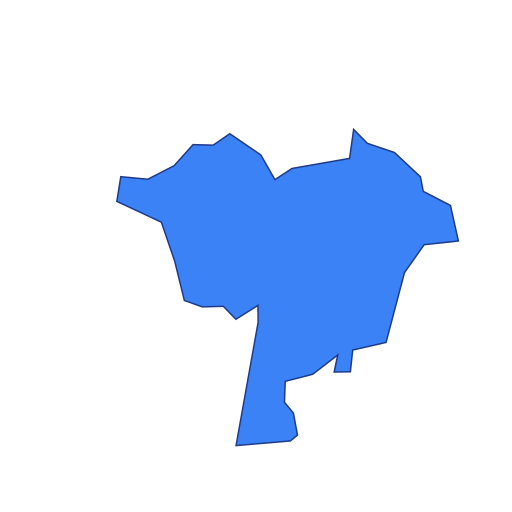 Taliaferro, Georgia, United States of America, rotated 216°
{"feature_id": "52423323B2768857989995", "entity_name": "Taliaferro", "entity_type": "district", "adm_level": 2, "iso_a3": "USA", "parent_name": "United States of America", "parent_adm1": "Georgia", "projection": "mercator", "projection_center": [-82.883, 33.586], "detail": "fine", "context": "isolated", "style": "filled", "palette": "blue", "viewbox_px": 512, "rotation_deg": 216, "n_neighbors": 0, "source": "geoboundaries", "source_scale": "gbopen_adm2", "svg_char_len": 662}
<svg xmlns="http://www.w3.org/2000/svg" viewBox="0 0 512 512"><g transform="rotate(216 256 256)"><path d="M117.2,135.5L133.4,150.9L147.0,154.4L158.7,171.8L140.6,193.7L131.7,224.0L124.6,208.1L111.6,217.8L122.5,236.8L100.0,262.5L126.1,329.8L126.6,364.0L101.1,387.1L128.4,411.2L158.7,406.6L169.5,416.7L204.8,421.1L232.1,412.6L251.4,415.8L237.7,390.0L278.3,348.0L285.6,328.9L311.5,340.6L349.1,339.5L355.8,320.5L372.4,309.1L375.3,280.9L388.7,254.5L412.0,240.7L400.7,218.4L352.4,227.7L318.7,204.0L287.8,177.9L269.5,183.3L252.9,196.1L235.1,193.0L225.4,217.2L215.3,203.6L160.7,90.9L119.5,126.6L117.2,135.5Z" fill="#3b82f6" stroke="#1e3a8a" stroke-width="1.5"/></g></svg>